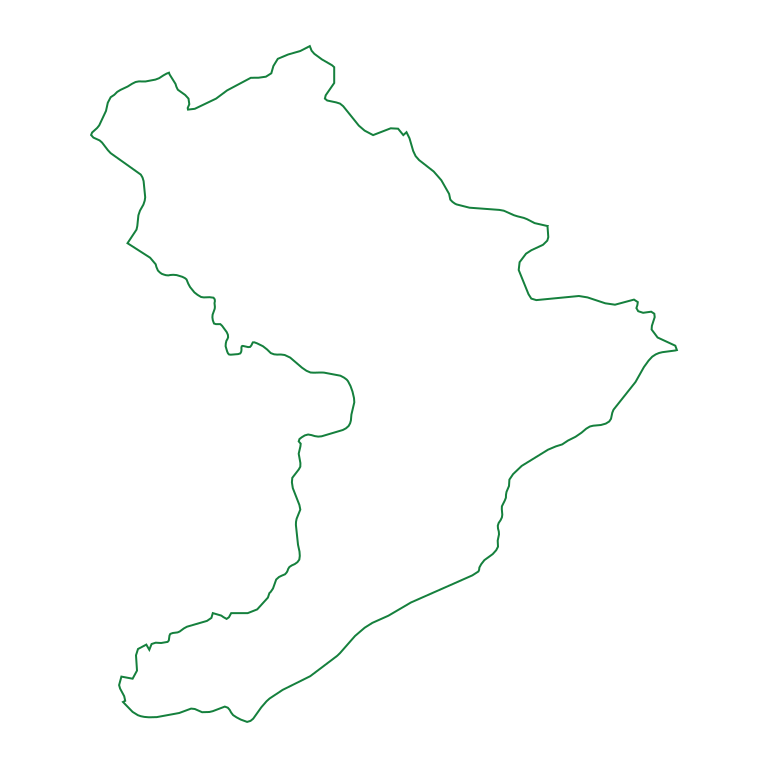 map outline of Bouenza (Natural Earth projection), rotated 270°
{"feature_id": "COG-2626", "entity_name": "Bouenza", "entity_type": "Region", "adm_level": 1, "iso_a3": "COG", "parent_name": "Republic of the Congo", "parent_adm1": "", "projection": "natural_earth1", "projection_center": [13.508, -4.119], "detail": "fine", "context": "isolated", "style": "outline", "palette": "green", "viewbox_px": 768, "rotation_deg": 270, "n_neighbors": 0, "source": "natural_earth", "source_scale": "10m", "svg_char_len": 4649}
<svg xmlns="http://www.w3.org/2000/svg" viewBox="0 0 768 768"><g transform="rotate(270 384 384)"><path d="M530.9,548.3L527.4,547.3L523.2,543.0L517.8,531.4L514.3,526.0L505.8,519.6L498.0,518.7L473.8,528.5L469.4,531.3L467.9,536.3L472.0,578.9L470.6,587.5L464.7,605.3L463.3,615.0L468.4,634.0L465.9,637.8L463.0,637.4L459.9,636.4L456.8,638.2L455.2,643.1L456.3,651.2L454.3,654.3L450.9,654.7L442.2,651.9L438.5,651.6L430.5,657.6L422.3,675.3L417.9,676.9L417.5,675.2L415.8,662.3L415.0,659.0L413.6,655.7L411.3,652.2L407.4,648.6L400.9,643.9L386.0,635.5L358.3,613.5L355.3,612.3L349.2,611.0L346.5,609.2L344.4,605.8L343.0,600.9L342.3,593.2L341.5,589.9L339.3,586.2L335.3,581.5L331.2,575.5L327.4,567.9L323.6,562.2L321.6,555.8L318.3,548.0L302.1,521.7L293.9,513.1L288.4,509.4L282.0,509.0L276.1,506.5L273.2,506.0L270.3,505.9L267.5,504.8L261.7,501.9L258.9,501.8L253.3,502.3L250.6,501.9L247.7,500.5L245.1,498.7L242.3,497.8L239.5,498.0L236.5,498.8L233.6,499.0L227.4,497.7L221.3,498.0L217.8,496.2L213.9,492.7L207.9,484.4L203.8,481.2L200.5,479.4L198.1,479.1L196.5,478.4L192.6,472.3L165.5,410.9L152.3,388.4L145.1,372.3L140.3,364.7L132.0,355.0L114.9,340.0L112.2,337.2L91.8,310.2L78.1,282.6L69.5,269.6L66.7,266.5L60.7,261.3L49.3,253.2L47.1,250.5L46.1,247.1L48.4,240.8L50.6,236.6L52.9,233.1L55.5,231.1L58.1,229.7L60.3,227.8L61.4,224.8L56.8,212.7L56.0,209.3L55.8,202.1L59.0,194.8L59.4,191.1L55.0,179.2L50.9,156.8L50.7,149.1L51.1,144.3L51.8,140.8L52.8,137.9L56.1,132.6L66.0,123.0L67.2,125.2L71.8,124.2L79.4,120.1L82.9,119.1L91.4,121.4L89.3,132.6L97.4,137.0L112.7,136.0L119.0,138.0L123.4,146.3L118.2,149.3L124.0,151.6L125.3,155.7L125.0,161.1L126.1,167.6L127.5,168.8L132.5,169.5L134.1,170.3L135.0,172.8L135.6,177.6L136.5,179.7L139.6,183.9L141.3,187.0L147.1,207.0L150.1,211.4L154.9,212.8L152.4,221.3L150.9,223.4L149.1,226.6L150.7,228.9L154.9,231.2L154.9,247.8L158.6,257.2L170.4,267.9L174.9,269.4L176.0,270.6L179.5,273.0L188.5,276.2L191.0,279.0L192.5,282.1L193.7,285.0L195.6,286.7L197.1,287.5L199.1,288.2L201.0,289.4L202.6,291.8L203.9,294.7L205.8,297.4L208.4,299.3L212.1,299.8L216.4,299.5L223.3,298.0L243.1,295.9L246.1,296.0L249.2,296.6L258.4,300.3L263.0,299.4L279.9,292.8L285.7,291.9L290.2,292.3L298.6,298.8L301.3,300.3L304.9,300.4L314.3,298.7L321.6,300.4L324.3,300.7L326.6,298.7L329.0,299.5L330.7,301.7L332.6,304.8L333.5,308.1L332.9,311.5L331.9,314.8L331.4,318.2L331.7,321.6L338.0,342.8L339.7,346.0L342.0,348.6L344.7,350.1L347.6,350.9L353.4,351.4L365.7,354.3L369.9,354.0L376.4,352.5L382.0,350.5L386.8,348.0L388.4,346.7L390.4,344.0L392.3,340.4L395.4,323.9L395.5,320.6L395.3,313.8L395.5,310.5L397.2,306.5L400.3,302.0L410.4,290.2L413.0,284.7L413.5,280.8L413.4,277.1L413.7,274.0L414.9,270.8L418.6,267.0L421.8,262.9L424.7,257.0L425.7,254.3L425.6,252.8L422.5,251.3L421.1,250.1L420.9,248.2L422.1,242.8L422.0,242.2L421.6,241.7L420.1,241.4L418.2,241.5L416.2,241.2L414.6,240.3L413.9,238.1L413.3,230.8L413.4,229.8L413.6,228.9L414.8,227.9L416.7,227.1L421.8,225.6L424.6,225.8L427.2,226.4L428.9,227.4L430.7,228.1L433.2,227.9L435.9,226.7L442.2,222.1L443.9,220.3L443.9,215.8L444.5,214.0L447.8,212.8L450.7,212.4L453.3,212.6L459.2,214.7L461.1,214.9L464.9,214.5L466.9,214.9L468.7,214.7L470.3,213.5L470.8,209.6L470.6,203.8L471.0,201.1L473.1,197.6L475.6,194.4L480.9,190.1L484.2,188.3L488.6,186.5L489.9,184.9L491.2,182.3L492.9,176.7L493.2,173.2L493.0,170.3L492.6,168.3L492.8,166.0L493.4,163.9L494.2,161.7L495.6,159.8L497.5,157.9L501.0,156.4L503.7,155.7L510.3,150.1L524.8,127.5L538.4,136.5L542.0,137.3L552.7,138.4L557.4,140.0L563.4,143.4L567.3,144.7L570.7,145.2L586.9,143.6L590.5,142.5L593.4,140.8L614.8,110.7L617.8,107.9L625.5,102.0L627.6,99.6L630.4,93.4L633.0,91.1L635.5,92.1L640.0,97.1L642.6,99.2L657.1,106.0L665.3,107.8L670.8,110.7L673.2,114.3L676.1,117.2L678.1,120.5L681.5,127.7L684.2,132.0L686.0,135.6L686.6,138.9L686.5,145.3L688.4,155.4L689.8,159.1L692.6,163.4L694.4,166.6L695.3,169.0L693.7,169.5L684.1,175.5L681.2,176.4L678.3,177.8L673.0,185.2L669.4,188.5L663.8,189.3L660.0,187.7L658.4,188.0L659.2,194.8L669.4,216.1L677.6,227.1L690.2,250.8L690.3,258.7L691.3,265.9L694.7,271.3L702.0,273.4L709.2,277.8L713.5,288.1L717.0,300.3L721.9,309.8L717.3,311.6L714.2,314.3L708.6,321.9L702.7,332.1L700.8,334.2L685.0,334.2L672.7,325.7L669.4,324.9L667.5,327.2L665.6,336.2L664.4,340.0L661.8,343.2L642.4,358.8L637.4,364.6L632.9,373.1L639.7,390.7L639.3,398.1L632.9,403.3L635.8,406.5L629.7,409.5L617.0,413.2L611.9,415.6L607.9,419.1L596.5,433.7L587.8,441.3L574.1,449.1L568.4,450.3L566.2,452.4L564.4,454.9L563.6,456.5L560.3,469.5L558.1,499.3L557.3,503.8L552.8,513.9L551.7,517.4L550.1,523.8L548.8,527.1L544.9,534.6L542.0,547.3L542.0,547.6L541.6,547.5L530.9,548.3Z" fill="none" stroke="#15803d" stroke-width="2"/></g></svg>